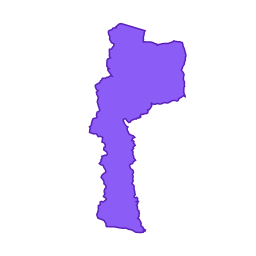 Sete Quedas, Mato Grosso do Sul, Brazil, rotated 112°
{"feature_id": "56859067B99302609455873", "entity_name": "Sete Quedas", "entity_type": "district", "adm_level": 2, "iso_a3": "BRA", "parent_name": "Brazil", "parent_adm1": "Mato Grosso do Sul", "projection": "robinson", "projection_center": [-54.99, -23.874], "detail": "fine", "context": "isolated", "style": "filled", "palette": "violet", "viewbox_px": 256, "rotation_deg": 112, "n_neighbors": 0, "source": "geoboundaries", "source_scale": "gbopen_adm2", "svg_char_len": 4724}
<svg xmlns="http://www.w3.org/2000/svg" viewBox="0 0 256 256"><g transform="rotate(112 128 128)"><path d="M218.9,74.8L217.3,74.8L215.8,74.9L215.5,76.2L214.4,77.0L214.2,78.1L213.7,79.3L212.6,79.9L211.3,80.1L210.0,81.5L208.9,82.9L208.1,83.8L208.3,85.1L206.9,84.9L205.6,84.6L204.1,85.5L203.0,85.4L201.9,86.3L200.8,86.7L200.6,87.9L199.7,88.8L198.5,89.3L197.2,89.9L196.7,91.1L195.3,90.8L193.5,90.9L193.3,92.5L192.1,91.0L191.6,92.1L190.6,92.4L189.6,92.7L189.0,94.0L190.0,94.8L189.7,96.5L188.4,96.7L187.0,96.3L185.9,97.2L184.4,98.0L182.7,99.2L181.8,99.8L180.4,100.2L179.2,101.0L178.5,102.5L178.1,103.6L177.0,103.6L175.3,103.3L174.1,104.0L173.1,104.9L171.4,104.8L170.4,105.5L169.7,106.4L167.7,106.2L166.2,106.7L165.2,107.8L164.8,110.0L163.4,111.6L161.9,112.6L160.4,112.1L159.6,110.7L158.5,110.3L157.3,110.6L156.2,109.6L155.1,108.9L154.4,110.0L153.7,111.4L151.9,112.3L150.8,113.7L149.2,114.0L147.9,114.6L147.2,116.2L145.9,115.4L144.9,115.1L144.1,116.0L143.1,115.7L141.4,114.8L140.6,115.8L139.9,117.2L138.3,117.4L137.9,118.6L138.2,119.8L137.2,119.8L135.9,119.8L135.0,118.9L134.1,118.2L133.3,120.0L133.4,121.6L133.4,122.8L133.1,124.8L131.8,126.1L130.8,127.3L129.8,128.2L128.5,128.7L127.1,128.4L126.9,130.3L125.8,132.1L125.1,133.0L123.8,134.3L122.9,135.2L121.8,135.4L120.7,134.6L120.4,133.3L121.5,132.1L122.0,130.8L122.7,129.5L121.7,128.1L120.6,128.0L119.3,127.3L118.4,126.4L117.7,125.6L116.9,124.9L116.7,123.7L115.3,123.2L114.9,122.0L114.1,121.0L113.0,120.3L112.7,121.6L111.4,121.0L110.4,120.9L109.7,119.1L108.3,117.7L107.9,116.5L106.7,115.4L105.3,115.6L103.7,116.6L103.4,115.4L101.9,114.8L100.6,114.6L99.3,114.3L98.2,114.4L97.3,115.2L96.3,115.6L96.5,113.9L96.2,112.4L95.6,111.5L94.3,109.8L93.9,107.5L93.1,106.1L92.1,105.1L91.1,104.2L90.5,102.9L90.4,101.7L89.7,100.2L88.6,99.4L87.8,98.5L86.8,98.0L85.9,96.9L85.1,95.5L84.7,94.3L84.7,92.7L83.9,91.9L82.7,91.6L81.8,92.1L80.8,91.2L79.8,90.2L78.9,89.7L77.3,88.8L77.5,86.8L76.5,87.4L75.1,88.8L74.4,89.5L73.3,89.9L72.0,90.4L70.5,91.0L69.4,91.4L68.1,91.1L66.9,92.0L65.3,92.4L63.8,93.2L63.1,94.1L61.8,95.0L59.9,95.6L58.8,95.8L57.5,96.0L56.3,97.1L55.3,98.6L54.6,100.0L53.5,100.2L52.2,100.0L50.5,100.3L48.7,99.9L47.3,99.7L46.5,100.3L45.0,100.2L43.2,100.4L42.1,100.8L41.2,101.2L39.7,101.2L37.9,102.1L36.6,103.2L35.3,104.2L34.1,105.0L32.7,106.2L31.7,107.4L30.7,108.0L29.7,108.6L28.5,109.6L28.7,112.6L29.4,114.1L29.6,115.4L30.0,116.7L30.0,118.2L31.0,118.6L32.4,119.9L33.2,121.0L34.1,121.9L34.8,122.9L35.4,124.7L36.1,125.9L36.5,127.0L37.5,128.5L38.6,129.8L39.1,131.0L40.4,131.8L39.4,132.8L39.7,134.7L39.5,136.4L39.6,137.9L39.8,139.3L40.3,140.4L40.8,142.0L41.5,143.2L41.7,144.7L42.4,146.1L41.3,146.6L40.2,146.7L39.4,147.3L38.2,147.7L36.7,148.0L34.9,148.2L33.3,148.8L31.4,148.6L33.6,172.2L34.0,173.9L34.6,174.8L35.7,175.7L37.0,176.2L38.7,177.2L39.4,176.5L40.3,178.1L41.2,179.5L42.9,179.7L43.7,181.0L45.4,182.4L46.8,182.0L48.5,180.9L49.7,179.4L50.9,178.7L52.4,178.5L53.3,177.5L54.2,176.4L55.1,175.2L55.2,172.5L57.2,172.0L59.0,172.6L61.0,172.8L61.9,174.7L62.9,174.5L66.2,172.9L68.2,172.3L68.9,171.5L69.5,170.6L71.7,172.7L72.9,172.8L74.4,172.3L75.5,172.0L78.6,170.8L79.5,169.2L80.0,167.8L80.6,168.9L82.1,168.2L85.8,162.4L85.9,163.6L88.4,165.4L89.0,166.7L90.2,167.4L90.6,168.4L91.5,170.4L93.5,170.5L94.8,171.2L96.8,171.2L97.7,172.3L100.5,174.3L101.6,174.0L104.1,171.8L104.6,169.6L106.6,170.8L108.5,169.5L109.7,168.2L110.9,166.8L112.6,166.7L113.8,166.6L115.3,166.3L120.0,162.6L122.2,160.7L123.3,161.2L124.8,162.5L126.4,162.4L128.1,162.0L129.6,160.7L130.9,161.7L131.9,163.3L132.9,164.0L136.7,163.7L138.0,163.4L138.9,163.0L140.4,163.4L141.3,164.2L142.4,162.7L143.9,162.8L146.5,162.0L146.4,159.5L146.4,157.9L145.8,156.7L145.2,155.1L147.2,152.4L146.3,150.8L146.1,149.7L146.2,147.9L150.8,146.9L150.7,144.9L151.3,143.9L152.2,142.8L154.1,142.0L154.9,143.0L157.3,142.4L158.2,138.8L159.9,137.3L161.5,137.7L161.7,139.0L162.9,140.3L164.1,141.8L165.5,140.7L167.9,141.2L168.8,140.4L171.8,141.3L172.2,139.3L172.0,137.1L172.9,136.2L173.8,135.4L174.6,134.0L176.8,132.1L177.9,132.3L178.8,133.2L179.7,133.6L181.0,134.3L182.4,134.5L183.9,134.5L185.1,131.9L186.1,131.0L186.7,130.1L188.8,129.4L189.0,128.1L189.9,127.0L191.6,125.9L193.0,126.7L195.4,126.5L196.6,125.9L197.2,124.8L200.8,125.1L201.4,122.0L202.4,121.4L203.9,122.2L205.7,123.1L206.0,125.1L207.0,126.1L209.9,125.0L211.0,126.5L215.1,124.8L218.6,124.5L220.1,124.5L222.2,122.7L222.9,121.9L222.7,119.1L222.7,115.7L225.0,112.5L226.7,111.9L227.5,110.9L226.3,107.9L225.6,105.8L224.8,104.0L224.3,101.4L223.9,99.3L223.3,97.0L222.9,95.3L222.2,93.7L221.6,92.5L221.6,91.1L221.7,89.3L221.2,87.4L221.1,85.7L221.4,84.0L221.7,82.4L221.6,81.1L221.0,79.5L220.3,77.3L218.9,74.8ZM217.3,74.8L217.4,73.6L216.3,73.7L217.3,74.8Z" fill="#8b5cf6" stroke="#5b21b6" stroke-width="1.5"/></g></svg>